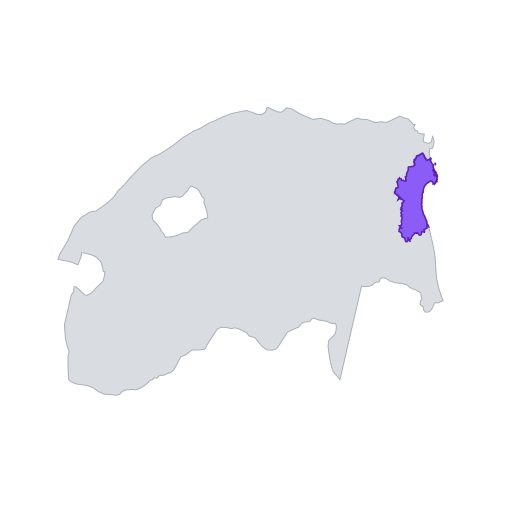 location of West Coast, Western Cape, South Africa, rotated 193°
{"feature_id": "47623444B37444115609272", "entity_name": "West Coast", "entity_type": "district", "adm_level": 2, "iso_a3": "ZAF", "parent_name": "South Africa", "parent_adm1": "Western Cape", "projection": "mercator", "projection_center": [18.155, -32.059], "detail": "fine", "context": "in_parent", "style": "filled", "palette": "violet", "viewbox_px": 512, "rotation_deg": 193, "n_neighbors": 0, "source": "geoboundaries", "source_scale": "gbopen_adm2", "svg_char_len": 9270}
<svg xmlns="http://www.w3.org/2000/svg" viewBox="0 0 512 512"><g transform="rotate(193 256 256)"><path d="M360.4,89.0L372.9,87.3L378.5,88.3L385.2,91.0L391.5,91.9L402.2,90.9L405.9,91.4L408.8,92.3L410.9,93.8L413.9,104.5L416.6,116.0L416.5,119.8L416.9,121.2L419.9,126.1L421.1,129.2L422.8,131.7L426.7,144.1L427.2,146.2L427.2,176.5L425.7,180.2L426.3,185.0L424.5,185.6L413.9,179.5L412.0,179.7L409.0,182.0L406.2,185.6L404.9,188.6L399.5,196.8L399.2,202.1L399.6,206.6L401.4,206.7L402.7,210.0L405.6,215.1L410.5,218.5L415.1,220.0L421.5,220.3L426.6,220.2L426.3,216.8L427.4,207.4L435.8,208.6L448.3,208.2L447.4,214.3L442.9,228.2L440.0,243.9L436.3,251.8L434.2,255.1L428.2,260.9L425.0,262.8L422.3,263.5L412.0,275.3L408.1,281.0L404.7,289.4L401.3,294.0L396.3,303.8L387.5,318.4L380.1,328.0L376.8,330.8L374.6,332.1L368.7,337.7L360.3,346.7L354.0,354.8L344.5,363.9L339.0,367.9L330.7,375.9L328.4,377.1L319.1,384.5L312.4,389.0L301.5,394.2L297.2,395.7L286.9,394.3L282.6,395.0L279.1,398.2L278.7,402.7L277.2,403.4L267.8,401.3L263.9,401.7L261.6,404.1L259.7,407.2L254.3,407.4L244.7,404.2L233.3,402.2L230.7,402.0L225.2,404.4L223.3,404.7L215.3,404.2L210.8,402.7L206.6,402.7L203.3,403.9L199.4,404.4L188.7,413.0L183.2,413.0L178.4,414.0L170.0,412.8L167.5,413.4L165.0,414.9L159.2,415.5L157.0,416.8L147.3,424.7L143.3,423.9L138.3,423.8L132.6,419.6L130.4,419.8L131.0,418.6L131.2,416.4L129.2,414.1L126.9,414.2L125.7,412.3L122.3,412.1L119.5,412.7L119.0,405.5L117.6,404.8L114.2,404.6L112.5,404.9L111.8,405.5L110.9,407.2L110.9,412.2L109.7,410.8L108.3,407.8L107.9,404.5L108.3,400.7L110.9,399.3L110.2,394.5L106.2,386.2L103.7,384.4L101.8,380.2L99.9,378.6L99.1,375.7L97.2,373.3L96.6,369.6L97.6,367.4L99.2,366.3L100.9,368.1L103.0,367.4L105.9,364.7L107.7,360.6L107.8,354.1L107.3,350.0L105.0,339.5L103.9,337.1L98.6,329.7L92.5,319.7L84.8,304.1L81.1,294.8L75.5,276.0L70.6,265.4L64.5,255.6L63.7,255.0L64.7,253.8L67.9,251.5L69.4,250.9L70.2,251.2L71.0,250.6L71.7,249.0L72.2,245.6L73.7,242.0L75.1,240.4L78.0,239.4L80.2,240.7L81.1,242.1L81.4,243.8L82.4,244.7L84.0,244.6L85.1,245.7L85.7,247.9L85.6,249.6L84.7,250.6L84.8,251.9L85.9,253.5L87.1,257.1L93.0,259.0L96.3,259.2L99.5,260.1L102.5,261.8L107.3,262.1L114.1,261.3L119.7,261.7L124.1,263.3L127.2,263.5L129.2,262.6L130.0,261.1L129.8,259.2L130.8,258.1L133.0,257.6L134.7,256.1L136.1,253.8L139.2,251.9L144.0,250.5L146.4,250.5L146.4,154.4L154.9,160.9L156.9,163.9L161.1,172.8L165.4,183.9L166.1,189.2L165.9,190.4L161.5,197.6L161.3,201.2L161.8,205.4L162.9,207.5L164.1,208.2L167.2,207.2L171.9,208.3L180.9,207.8L185.3,208.4L186.5,208.0L187.5,207.1L188.7,204.6L189.7,203.8L193.9,202.6L195.7,201.2L198.7,196.2L207.6,189.5L208.6,187.9L214.2,172.0L215.9,169.7L218.4,168.2L223.2,167.0L226.1,167.7L229.2,169.0L232.7,171.4L237.9,175.7L239.7,176.3L244.9,176.5L248.1,179.4L257.9,181.3L260.7,181.2L263.8,179.7L268.8,179.7L274.2,178.6L277.4,175.8L283.7,158.5L284.4,154.7L285.1,153.6L290.2,151.7L296.5,150.2L297.8,149.4L301.6,144.6L306.7,140.6L310.3,126.9L312.6,123.6L314.0,122.3L314.9,122.3L316.2,121.4L317.9,119.7L319.9,118.7L322.2,118.3L323.7,117.2L324.4,115.4L325.6,114.5L327.3,114.5L328.3,113.9L328.6,112.7L332.4,109.8L332.4,108.6L334.6,105.7L338.9,101.2L342.9,98.6L346.7,98.1L353.6,95.8L356.1,93.6L357.7,90.6L360.4,89.0ZM348.8,295.5L355.0,293.1L359.7,289.9L360.7,284.0L364.2,280.4L365.5,277.0L366.5,272.4L364.4,267.6L361.5,266.2L356.3,262.0L354.0,259.2L350.8,256.8L348.6,254.0L345.0,254.9L339.4,257.2L335.9,259.3L333.0,261.8L327.8,263.6L322.9,271.5L321.3,273.3L317.5,279.1L311.9,282.0L311.8,283.0L313.6,287.7L316.2,292.5L318.9,296.3L318.8,298.7L319.7,300.6L322.1,301.9L326.2,306.7L328.2,308.3L334.4,309.5L335.3,309.2L337.0,306.3L337.2,304.2L341.3,298.0L343.1,296.0L348.8,295.5Z" fill="#d9dde1" stroke="#a8b0b8" stroke-width="1"/><path d="M134.8,362.7L135.0,360.4L135.5,360.1L135.3,359.7L135.0,359.7L134.3,358.1L133.5,356.7L133.0,354.7L135.0,353.6L135.0,353.4L134.9,353.3L134.8,353.2L135.0,352.8L135.0,352.4L135.0,352.1L135.2,351.6L134.8,351.2L134.7,351.3L134.8,351.1L134.6,350.7L134.9,350.2L135.3,350.1L135.5,349.8L135.3,349.0L134.9,350.0L134.8,349.8L134.8,348.7L134.4,348.7L133.4,347.5L132.7,347.1L132.3,347.7L131.9,347.8L131.7,347.4L131.2,347.0L131.0,346.2L130.2,345.7L129.9,346.1L129.6,345.7L130.0,344.5L130.2,342.9L128.4,345.2L128.1,344.0L127.5,344.2L127.1,343.9L126.8,344.2L126.5,344.1L126.2,344.1L126.0,343.8L125.5,343.7L124.8,343.3L124.1,343.2L124.3,342.8L124.2,342.5L124.1,342.3L124.2,342.2L124.5,341.9L124.9,341.4L125.3,341.2L125.5,341.0L125.4,340.7L125.2,340.8L125.2,340.6L125.0,340.2L125.3,340.0L125.6,340.1L125.7,339.8L125.0,338.6L124.7,337.6L125.2,337.5L125.3,336.8L125.1,336.3L125.6,335.6L125.4,334.9L124.7,334.9L125.4,333.6L125.0,333.4L124.4,333.4L124.0,333.0L123.7,333.3L123.6,333.2L123.9,332.9L124.0,332.4L124.3,331.9L124.5,330.8L124.2,330.6L124.2,330.2L124.2,329.9L123.7,329.3L123.0,328.9L123.8,327.6L122.7,327.0L122.1,325.7L122.3,324.6L122.2,322.3L121.2,320.3L121.4,318.6L123.1,317.7L120.5,316.1L122.5,315.6L122.3,312.2L120.2,311.5L118.6,310.2L118.7,309.0L117.8,307.4L115.4,307.1L113.4,303.7L111.8,304.1L111.4,306.2L112.3,308.5L110.4,305.9L109.0,304.5L109.7,306.3L108.7,308.1L108.7,309.9L106.2,314.3L105.9,314.5L105.0,314.0L104.6,314.2L104.9,314.6L104.5,314.7L104.0,315.1L101.9,313.3L101.4,313.1L100.2,313.5L99.9,314.3L99.9,317.0L99.4,316.9L98.5,317.0L98.0,317.2L97.3,317.1L97.2,317.8L98.3,319.5L97.6,320.0L97.4,320.3L97.2,320.3L95.6,321.7L96.2,324.0L94.8,323.5L94.4,323.4L95.8,325.3L96.3,325.6L96.9,326.2L97.3,327.0L97.3,327.5L97.2,327.6L97.2,327.9L97.7,328.6L97.7,328.8L98.4,329.4L98.9,330.3L99.6,331.2L100.3,332.2L100.8,332.7L101.0,333.2L101.6,333.6L102.5,334.7L102.8,335.2L102.7,335.6L103.1,335.9L103.6,337.2L105.3,339.6L105.3,339.9L105.2,340.0L105.6,341.5L105.4,341.6L106.2,342.8L106.6,343.8L106.6,344.1L106.4,344.2L106.5,344.7L106.3,344.8L106.3,345.0L106.7,346.2L106.7,346.5L106.9,346.9L106.9,347.3L107.4,348.6L107.4,349.0L107.1,349.2L107.2,349.5L107.1,349.8L107.3,351.1L107.3,351.5L107.7,352.3L108.1,354.4L107.9,355.3L107.4,355.4L107.8,357.4L107.9,358.8L107.8,360.3L107.6,361.4L106.9,363.5L105.8,365.4L104.7,366.4L103.8,367.7L103.3,368.1L102.7,368.3L101.9,368.2L101.3,368.4L101.0,367.9L100.4,367.4L100.3,367.2L99.5,366.7L99.6,366.4L99.6,366.1L99.4,366.2L99.1,366.4L98.9,366.6L98.7,366.6L98.7,366.4L98.4,366.6L98.2,366.4L98.2,366.7L97.6,367.2L97.6,367.4L97.9,367.9L97.9,368.4L97.8,368.8L97.5,369.0L97.3,368.9L97.3,369.2L97.0,369.2L96.8,369.3L96.6,369.3L96.6,369.5L96.4,369.5L96.5,369.7L96.8,369.9L96.8,370.0L97.2,370.2L97.3,370.5L97.3,371.1L96.9,371.3L97.0,371.5L96.7,371.7L96.8,371.9L97.2,372.1L97.3,372.4L97.4,372.9L97.2,373.1L97.3,373.3L97.4,373.7L97.2,373.7L97.4,373.8L97.0,374.2L97.2,374.5L97.5,374.4L97.8,374.8L97.7,375.1L97.6,375.4L97.6,375.5L97.8,375.5L98.0,375.8L98.6,375.4L98.5,375.2L98.8,375.1L99.3,375.3L99.4,375.5L99.2,375.6L99.4,375.6L99.4,375.4L99.2,375.0L98.8,375.0L98.9,374.7L99.3,374.3L100.0,374.4L99.7,375.3L100.0,374.6L100.3,374.6L100.8,375.0L100.9,375.6L101.1,375.8L101.0,376.3L100.7,376.7L100.8,377.3L101.5,378.0L102.2,378.4L102.3,378.7L102.2,379.0L102.3,379.1L102.1,379.1L102.5,379.3L102.4,379.4L102.6,379.6L102.6,379.4L103.0,379.4L102.9,379.8L102.6,380.0L102.3,380.1L102.2,379.9L102.2,379.7L101.6,379.3L101.2,378.9L101.2,378.7L100.6,378.4L100.8,378.0L100.4,377.8L100.3,377.2L100.2,377.0L99.6,377.0L99.7,376.9L100.2,376.8L100.1,376.6L99.9,376.5L99.9,376.3L99.4,376.3L99.6,376.9L99.3,377.2L99.1,377.1L98.9,377.4L99.4,377.7L99.5,377.9L99.4,378.0L100.2,378.5L100.4,378.7L101.5,379.8L102.5,381.1L103.2,382.1L103.7,383.4L103.8,384.0L103.5,384.1L103.5,384.3L103.9,384.7L105.4,385.7L106.3,386.6L107.2,387.8L107.3,388.3L107.5,388.3L107.4,388.6L107.7,388.8L107.4,389.3L107.5,389.5L107.4,389.5L107.3,390.3L107.6,390.5L107.7,390.3L108.0,390.4L108.0,390.0L108.5,389.7L108.7,389.1L109.0,388.7L110.0,388.7L110.3,388.3L110.7,387.6L111.4,387.7L112.0,388.1L112.3,388.5L112.3,389.1L113.2,389.0L113.5,389.2L113.6,390.0L113.4,390.1L113.5,390.4L114.2,390.8L114.5,390.7L114.7,391.9L115.1,392.2L115.4,392.1L115.7,392.5L116.2,393.0L116.3,393.5L116.6,393.5L116.7,393.3L117.3,393.6L117.6,393.3L117.7,393.0L117.8,393.0L117.9,392.5L118.3,392.5L119.2,391.0L119.6,391.3L119.7,390.9L119.7,390.5L120.1,390.3L120.2,390.5L120.9,390.4L121.1,389.8L122.0,389.7L121.8,389.1L122.0,389.0L122.0,388.5L122.0,388.3L121.9,388.1L122.0,387.5L122.4,387.3L122.2,387.1L122.5,386.7L122.4,386.4L122.7,386.4L122.7,386.2L122.9,385.8L123.0,385.7L122.9,385.5L123.3,385.4L123.2,385.2L123.3,385.1L123.1,385.0L123.3,384.6L123.1,384.5L123.3,384.3L123.0,383.9L123.2,383.6L122.9,383.3L123.1,383.1L123.3,383.1L123.2,382.9L123.2,382.7L122.8,382.4L122.8,382.1L122.7,382.0L122.6,381.8L122.3,381.8L122.4,381.6L122.2,381.4L122.3,381.3L122.2,381.1L122.4,380.9L122.4,380.6L122.1,380.2L121.9,380.0L122.4,379.6L122.4,379.0L123.0,378.6L123.4,378.4L124.6,378.3L125.5,377.6L126.9,377.3L127.5,376.9L127.6,376.0L127.3,375.4L127.0,373.9L127.8,370.7L127.8,369.6L127.4,368.7L127.5,367.0L128.3,366.9L128.2,366.3L126.8,363.8L126.7,363.4L127.1,363.4L126.9,362.8L127.2,362.5L128.2,362.6L128.7,362.5L129.6,362.9L130.0,362.7L130.9,362.5L131.4,362.8L131.8,363.7L132.1,363.5L132.7,363.4L133.2,363.9L133.7,364.0L133.8,364.3L134.0,364.0L134.0,363.5L134.6,363.2L134.8,362.7ZM101.8,385.9L101.8,386.1L102.0,386.4L102.0,386.5L102.4,386.4L102.2,385.9L102.0,386.1L101.8,385.9Z" fill="#8b5cf6" stroke="#5b21b6" stroke-width="1.5"/></g></svg>